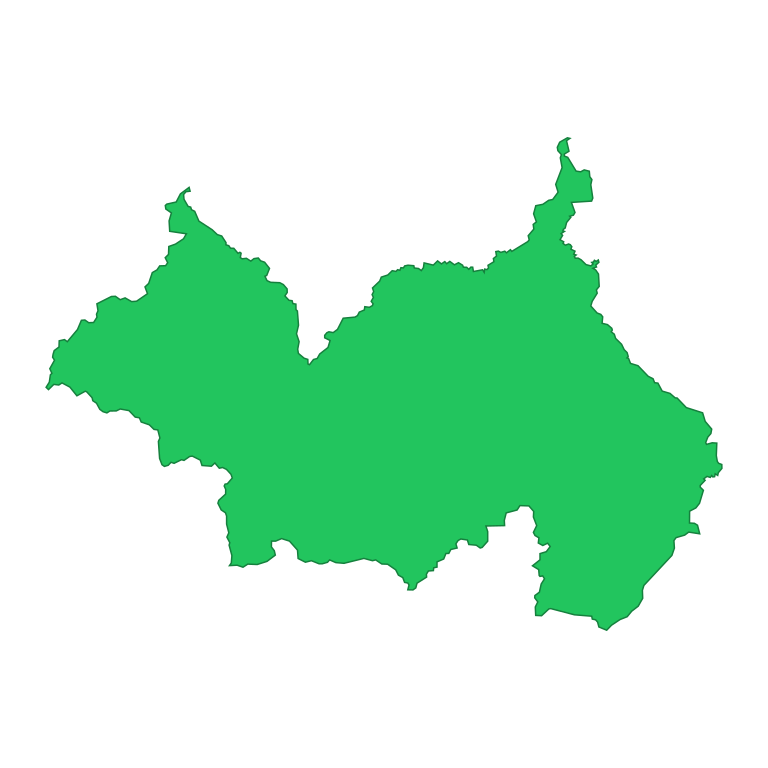 Gonzalo Pizarro, Sucumbios, Ecuador
{"feature_id": "8360857B84387334952145", "entity_name": "Gonzalo Pizarro", "entity_type": "district", "adm_level": 2, "iso_a3": "ECU", "parent_name": "Ecuador", "parent_adm1": "Sucumbios", "projection": "mercator", "projection_center": [-77.563, 0.112], "detail": "fine", "context": "isolated", "style": "filled", "palette": "green", "viewbox_px": 768, "rotation_deg": 0, "n_neighbors": 0, "source": "geoboundaries", "source_scale": "gbopen_adm2", "svg_char_len": 6086}
<svg xmlns="http://www.w3.org/2000/svg" viewBox="0 0 768 768"><path d="M569.9,138.4L567.4,137.8L559.7,142.2L557.3,147.3L557.9,150.7L561.4,154.6L560.3,157.8L562.1,167.6L555.7,184.4L558.1,192.2L552.7,199.5L548.7,200.3L542.9,204.3L535.8,205.7L533.6,213.8L536.4,221.9L533.2,224.4L533.8,229.1L528.2,235.7L529.2,239.8L527.8,241.6L511.8,251.4L510.4,249.7L506.5,252.8L504.8,251.2L500.8,252.4L498.4,251.1L495.8,251.6L496.5,256.1L493.4,258.5L493.9,261.7L488.0,265.3L488.5,268.0L487.0,269.6L484.7,269.1L484.2,272.4L482.6,269.8L473.4,271.5L472.7,267.2L470.9,267.1L468.8,269.3L466.7,267.3L463.4,267.2L462.6,265.2L458.5,262.7L454.4,264.8L449.8,261.4L446.7,263.7L444.8,261.6L441.4,263.9L437.6,260.9L433.3,265.1L424.1,262.9L423.4,267.7L421.3,270.6L418.5,268.5L414.3,268.0L413.8,265.7L408.0,265.2L404.7,265.9L403.4,267.9L400.9,267.7L399.9,270.3L397.6,269.7L396.0,271.4L392.2,270.7L387.8,275.0L381.3,277.1L379.7,281.1L372.5,288.0L373.7,291.6L372.1,294.6L373.4,297.4L371.2,301.3L373.1,303.8L372.4,305.6L369.4,307.3L364.8,306.7L364.3,310.0L359.3,312.1L357.5,315.6L355.0,317.1L343.2,318.2L337.5,329.4L333.2,332.6L328.9,331.8L326.9,332.7L324.7,335.3L324.7,337.8L330.1,340.5L328.0,347.5L319.7,354.0L317.2,358.5L313.5,359.5L309.5,364.7L308.0,364.0L307.8,359.4L304.1,358.2L298.4,353.4L297.7,349.2L299.1,341.7L296.5,333.8L298.5,325.2L297.4,311.0L296.0,309.7L295.9,304.1L292.9,303.6L292.1,300.7L289.0,300.3L284.9,295.9L287.2,292.5L287.1,288.9L283.4,284.6L279.8,282.7L270.6,282.3L267.0,280.6L264.9,276.2L266.7,275.5L269.5,268.4L264.6,262.2L260.6,260.8L258.3,258.0L254.0,258.6L250.8,261.1L246.4,258.3L242.2,258.8L240.3,257.6L241.1,253.2L239.9,252.3L238.0,253.3L233.8,248.3L230.5,248.2L228.8,245.7L225.9,244.8L226.0,242.6L221.7,236.0L217.3,234.6L212.1,229.7L198.9,221.1L194.7,211.3L191.5,209.7L190.7,207.1L188.1,206.4L184.0,199.3L183.6,194.5L186.0,191.7L190.1,191.2L189.1,187.4L180.4,193.9L176.2,202.0L166.8,204.1L165.3,205.5L165.8,209.0L171.4,212.9L169.1,220.9L169.7,231.3L186.4,233.8L183.5,238.8L175.5,244.1L168.8,246.5L168.5,254.4L165.2,257.7L167.7,262.7L165.6,265.7L159.7,265.9L157.0,269.9L152.3,272.6L148.7,283.4L145.0,286.9L147.5,293.7L136.6,301.2L131.6,301.6L125.1,297.9L120.2,299.7L115.4,296.3L111.4,296.5L96.9,303.8L98.0,310.8L96.5,314.2L97.0,317.2L93.6,322.5L88.7,322.7L84.9,320.0L81.4,320.3L77.5,329.5L67.3,341.7L64.5,339.6L59.2,340.8L59.0,347.0L54.2,350.6L53.1,354.2L52.6,357.2L54.5,360.2L49.8,368.7L51.9,373.3L50.4,374.8L49.3,382.2L46.1,387.3L48.5,389.6L53.8,384.4L58.8,385.0L62.0,382.9L69.9,387.1L76.9,395.8L85.3,391.2L86.8,391.9L92.1,397.7L92.8,400.7L96.5,403.2L99.8,409.3L103.0,411.7L106.9,412.9L109.9,411.0L116.3,410.9L120.2,409.0L129.0,410.6L135.2,417.1L139.4,417.8L141.2,422.0L149.3,424.8L154.0,429.4L157.8,429.9L159.9,438.0L158.4,441.4L159.6,458.5L162.0,464.7L164.4,466.4L168.2,465.3L171.0,462.3L174.1,463.3L181.5,459.7L184.0,460.4L189.6,456.5L192.3,456.1L200.3,460.1L202.0,465.5L211.4,466.2L214.9,463.0L219.3,468.2L222.6,467.5L226.5,469.4L231.0,474.3L232.3,478.0L227.3,483.8L225.1,484.1L224.2,486.0L225.7,489.4L225.6,494.1L218.8,500.3L217.9,503.2L221.2,509.9L225.4,512.7L226.6,516.0L226.6,524.1L228.8,532.8L226.9,537.1L229.8,542.7L229.1,545.1L231.9,555.6L231.3,563.0L229.5,565.6L237.1,565.2L243.0,567.2L247.8,564.1L257.2,564.5L267.0,561.4L275.3,555.1L274.3,550.7L271.4,546.9L271.5,541.1L275.7,541.1L281.6,538.6L289.5,541.1L297.5,550.1L298.1,558.5L305.4,562.2L311.4,560.7L319.1,563.8L322.2,563.8L327.5,562.3L329.6,559.9L335.8,562.6L344.0,563.3L363.9,558.4L372.5,560.7L375.7,559.9L381.8,564.0L387.6,564.2L395.7,569.8L398.4,575.1L402.8,577.6L404.6,582.4L407.8,583.0L409.0,585.0L407.8,589.8L413.0,589.9L415.8,587.9L417.0,583.2L426.6,577.1L426.4,574.2L428.4,571.0L433.4,570.6L433.7,567.8L437.0,567.1L437.0,561.9L443.7,559.0L445.9,553.5L448.8,553.4L450.8,549.5L457.1,548.0L455.9,543.8L458.1,540.5L460.8,539.0L467.4,540.0L468.8,544.5L476.3,545.2L480.2,548.0L482.2,547.4L487.7,541.2L487.7,531.6L485.9,526.0L504.6,525.6L504.3,520.4L506.2,512.9L517.1,510.0L519.9,505.6L528.9,505.9L533.7,511.4L533.4,517.0L536.7,525.6L533.4,532.4L535.0,535.5L538.9,537.8L538.3,543.0L542.8,545.5L547.6,543.2L550.2,546.5L546.3,551.7L540.0,553.6L540.0,559.8L532.5,565.8L538.7,569.6L539.2,575.5L540.0,576.4L542.7,575.9L544.5,578.8L541.2,584.0L539.4,592.2L534.9,595.5L534.7,597.8L537.8,601.9L535.3,607.0L535.7,615.4L541.6,615.7L548.9,608.9L550.8,608.6L574.4,614.8L591.7,616.2L592.3,619.1L595.6,619.8L597.6,622.1L598.9,627.0L606.7,630.2L611.5,625.2L620.1,619.5L627.2,616.7L631.7,611.2L638.2,606.2L642.7,598.3L642.4,590.3L643.9,585.4L671.9,555.4L674.4,548.1L673.9,540.6L676.1,537.6L684.7,535.1L688.7,532.1L699.7,533.8L697.5,525.2L694.4,523.3L689.5,523.0L689.6,511.2L695.9,507.9L699.5,503.3L703.4,490.3L700.2,487.1L700.2,485.5L705.1,480.3L703.7,478.9L707.0,476.4L710.3,477.4L711.7,475.5L712.8,476.9L714.6,476.7L715.2,473.8L717.7,475.4L718.3,472.7L721.9,468.4L721.8,464.5L718.6,463.3L717.3,461.4L716.3,455.6L716.8,443.1L712.2,442.8L706.5,444.4L705.7,442.5L707.8,437.1L710.9,433.5L711.7,429.1L705.2,421.4L702.6,412.8L686.3,407.6L677.1,398.0L675.2,397.9L670.0,393.4L662.2,391.1L657.9,383.1L654.6,382.7L653.1,378.8L648.2,376.3L638.0,365.7L630.5,363.4L628.5,358.3L627.0,357.9L628.2,356.4L627.1,352.6L624.2,349.7L621.6,344.3L615.6,338.4L614.3,334.2L611.2,331.8L612.3,330.1L611.8,328.3L607.5,324.6L602.1,323.3L602.7,316.8L600.8,314.4L597.1,313.0L590.8,306.0L592.2,301.3L597.2,293.2L596.4,289.9L599.2,286.4L598.5,274.1L595.7,270.0L592.9,268.3L596.5,267.0L595.8,265.1L598.9,262.3L598.3,260.0L596.2,261.4L594.4,260.3L593.5,262.0L591.7,262.4L593.1,264.0L590.9,265.9L586.0,264.6L581.1,259.8L578.1,258.1L575.2,258.2L574.3,256.4L576.1,255.0L573.7,254.2L575.0,251.2L570.9,249.2L571.8,246.7L570.3,244.7L568.6,244.0L565.4,245.2L563.0,243.4L563.7,241.8L560.0,239.7L562.6,235.4L561.1,233.6L564.4,231.4L562.8,230.9L563.4,229.3L565.2,228.0L566.6,222.5L570.8,217.3L569.7,216.2L573.4,215.2L575.0,212.5L571.4,202.4L591.6,201.1L592.8,198.1L590.8,184.7L591.9,179.6L589.8,176.7L589.3,171.2L584.2,169.9L580.7,171.8L576.1,171.1L567.7,157.3L564.4,156.1L564.3,154.1L569.0,151.2L566.5,140.7L569.9,138.4Z" fill="#22c55e" stroke="#15803d" stroke-width="1.5"/></svg>